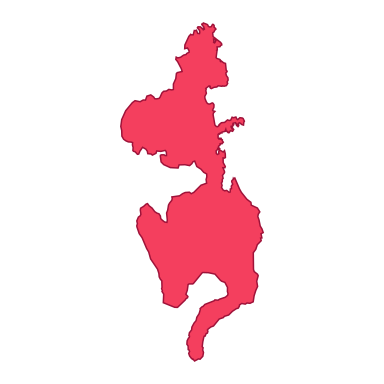 Chato, Geita, United Republic of Tanzania (Robinson projection)
{"feature_id": "72390352B63706364179884", "entity_name": "Chato", "entity_type": "district", "adm_level": 2, "iso_a3": "TZA", "parent_name": "United Republic of Tanzania", "parent_adm1": "Geita", "projection": "robinson", "projection_center": [31.727, -2.845], "detail": "fine", "context": "isolated", "style": "filled", "palette": "rose", "viewbox_px": 384, "rotation_deg": 0, "n_neighbors": 0, "source": "geoboundaries", "source_scale": "gbopen_adm2", "svg_char_len": 6000}
<svg xmlns="http://www.w3.org/2000/svg" viewBox="0 0 384 384"><path d="M238.3,308.1L239.4,306.1L239.5,304.9L241.7,303.5L245.3,304.1L247.0,303.0L250.0,303.3L253.2,301.8L254.1,295.8L255.8,290.4L257.6,286.4L256.7,281.2L258.2,275.7L257.5,274.2L254.2,271.6L253.5,269.4L253.3,252.7L255.8,249.3L257.3,244.7L261.2,240.7L260.6,238.1L261.9,237.9L261.0,233.7L263.2,232.6L262.0,229.0L260.2,226.0L259.0,219.9L257.8,216.5L258.3,214.1L259.8,211.9L257.4,208.0L251.3,205.2L250.9,202.3L246.9,199.3L241.4,192.4L239.5,189.0L234.8,178.0L233.6,179.0L233.3,178.5L233.1,179.5L231.9,180.6L231.7,181.7L232.7,184.2L231.3,186.1L231.5,188.6L230.3,189.0L230.2,192.0L229.1,192.3L226.7,190.4L224.7,190.8L223.1,190.0L221.5,187.4L222.1,185.5L221.4,183.0L222.3,181.7L222.3,179.3L223.1,178.4L222.5,175.5L224.5,172.7L224.5,171.4L222.9,167.7L224.9,167.7L225.3,166.5L223.2,162.6L223.1,157.9L224.6,158.1L225.4,157.5L225.3,153.9L224.5,150.6L223.2,152.0L219.7,150.0L218.6,151.9L218.9,153.7L217.4,154.5L216.3,153.4L216.1,150.9L217.7,149.3L217.6,147.5L217.8,148.7L218.7,149.8L219.2,149.8L219.8,148.8L219.0,148.2L218.5,146.3L220.3,144.7L219.9,144.0L221.2,143.4L221.9,143.8L223.3,142.2L222.2,140.5L222.3,139.8L220.9,139.3L221.4,139.0L221.1,138.3L219.8,138.3L219.9,139.0L219.0,139.1L218.1,138.0L218.1,134.4L219.8,133.0L219.2,133.7L219.6,134.1L220.7,132.9L221.9,133.0L222.0,132.1L226.2,131.1L225.2,130.8L225.8,129.3L226.1,130.6L228.2,132.7L229.1,132.7L230.4,130.7L232.6,131.3L233.7,129.5L233.3,129.0L232.5,129.0L232.0,128.9L231.9,128.5L233.1,128.9L232.9,128.3L231.2,127.3L231.1,126.3L230.6,126.0L232.5,126.5L232.9,125.7L232.8,123.4L233.1,125.4L233.8,124.7L233.3,123.2L235.5,122.7L236.0,124.0L236.1,123.4L236.9,124.4L237.3,124.3L237.1,125.6L238.0,126.6L238.7,125.7L238.5,123.3L239.5,122.7L241.9,124.6L243.5,125.1L243.8,122.3L244.4,121.2L243.1,118.5L242.3,118.0L239.9,117.7L237.7,119.6L236.9,119.1L235.9,117.0L233.4,117.7L232.1,117.2L230.7,120.1L229.2,120.5L227.5,119.9L224.6,122.4L221.4,122.7L219.5,124.3L218.6,125.4L219.5,124.6L219.5,124.9L217.7,126.7L216.3,126.5L214.9,125.0L213.1,114.7L213.4,113.0L214.9,111.4L213.0,110.8L212.6,110.2L213.9,107.3L214.0,104.8L213.1,103.3L212.2,102.9L209.6,104.1L208.2,103.9L207.1,103.1L206.2,101.6L204.9,98.3L204.8,96.4L206.4,93.3L205.8,90.7L206.2,89.1L205.8,88.4L209.1,85.9L210.1,86.2L210.3,86.8L209.9,87.2L210.4,88.1L211.3,88.6L214.1,87.3L216.8,87.0L218.2,85.8L222.0,86.3L222.3,85.9L224.2,86.2L226.4,85.6L227.7,83.4L227.1,82.0L228.1,80.1L227.9,77.7L226.5,75.8L225.9,73.7L226.1,72.5L227.1,71.7L226.9,70.9L226.2,70.3L225.5,63.4L223.6,62.8L220.3,60.2L220.6,61.3L221.4,62.0L220.7,61.6L220.2,61.0L220.2,59.8L219.7,59.4L216.8,58.4L216.1,57.6L217.0,50.7L216.7,50.3L217.3,49.9L217.1,46.9L219.9,46.7L220.8,45.4L221.8,44.9L221.6,43.7L220.4,42.2L216.5,39.3L214.9,42.6L214.4,42.9L213.6,42.3L213.9,41.3L213.4,38.3L214.1,39.7L215.0,39.9L215.5,39.8L215.7,38.6L213.1,36.6L212.7,33.5L212.9,32.6L214.0,31.9L214.7,30.3L215.9,29.2L215.6,28.4L214.2,27.4L214.1,25.4L213.4,24.5L212.5,24.4L211.2,26.7L209.7,27.0L208.4,26.4L207.7,24.9L207.1,24.4L203.4,23.0L203.3,23.6L201.9,24.0L201.8,24.6L203.8,26.9L204.4,29.2L203.5,29.7L203.5,28.5L202.9,28.3L202.4,28.8L200.5,26.9L198.0,26.8L197.4,27.8L199.5,30.4L199.8,32.2L199.5,33.6L197.7,33.4L196.4,30.2L195.2,30.7L194.3,30.5L193.2,34.8L191.3,34.8L190.7,34.3L188.9,36.3L184.9,44.9L184.7,48.7L187.5,48.0L189.1,50.8L189.1,52.2L186.7,53.5L186.1,54.5L183.6,55.1L180.5,57.3L177.7,57.9L176.2,57.1L175.8,59.4L177.6,61.6L181.4,68.9L182.1,71.5L177.3,72.6L176.4,73.5L175.8,78.6L173.4,84.0L173.4,89.5L171.8,89.9L168.8,89.4L166.5,91.0L163.6,91.3L161.9,93.0L160.1,97.1L159.3,98.2L158.5,98.5L156.3,98.9L154.7,98.7L153.7,97.0L150.8,94.9L146.9,96.1L145.5,100.1L143.2,100.0L140.1,101.7L135.0,100.7L132.3,102.7L125.7,110.7L121.7,119.6L120.8,126.5L121.7,130.5L121.9,136.2L123.6,139.2L125.8,140.8L128.3,141.9L131.3,142.1L132.6,142.6L132.4,144.9L133.1,147.5L132.9,150.5L133.4,151.2L135.3,151.9L137.4,154.3L138.7,154.1L139.9,151.2L142.6,147.3L145.9,149.2L147.3,151.2L147.8,153.7L151.0,154.0L152.4,155.1L156.0,153.3L156.7,151.0L160.8,151.4L165.2,150.4L166.0,151.3L166.4,152.6L166.5,155.6L165.1,155.6L164.1,154.8L161.6,154.8L160.5,155.2L160.3,155.9L161.1,161.9L163.7,164.6L170.3,167.6L178.1,168.0L179.1,164.9L185.0,164.7L189.6,165.6L191.8,163.7L193.0,161.7L194.7,161.1L196.8,166.5L201.0,169.2L203.7,172.3L206.7,174.0L206.8,176.9L206.1,179.5L206.6,183.2L201.0,185.2L193.8,192.4L191.2,193.7L189.4,192.2L185.2,192.5L182.5,193.7L179.6,195.8L171.9,196.9L172.2,198.6L171.8,200.3L169.5,203.2L168.5,205.1L167.7,210.1L166.6,213.0L167.3,220.2L166.9,222.4L164.6,222.0L162.3,220.2L160.7,218.6L160.4,216.0L159.0,213.8L156.9,213.1L154.7,211.6L152.1,208.1L149.1,205.8L147.5,203.6L146.1,204.1L143.6,206.4L140.6,208.2L140.3,210.1L140.9,214.4L140.1,215.9L138.4,217.1L136.8,220.9L137.4,223.7L136.8,225.7L136.9,226.8L139.2,233.6L142.1,237.7L146.7,248.6L148.7,252.0L150.6,258.9L157.5,269.1L158.9,273.5L159.2,276.9L160.5,279.4L161.8,280.8L162.0,287.5L161.6,288.6L162.4,290.7L162.0,291.5L163.7,294.1L163.3,302.7L174.7,307.3L177.5,307.4L185.1,300.1L186.0,298.7L187.5,297.8L187.9,296.5L185.9,294.3L187.3,290.3L188.1,284.5L189.2,283.9L192.8,283.9L193.5,283.4L201.9,273.1L202.8,272.5L208.5,272.7L215.0,274.1L220.3,280.2L221.6,281.2L224.9,282.4L227.5,287.4L227.4,291.6L228.0,293.5L227.7,295.2L225.4,297.2L219.5,299.2L218.1,300.2L214.9,299.9L214.1,300.8L204.9,304.4L203.0,306.5L202.3,306.6L200.1,308.6L200.3,309.6L199.1,313.7L196.8,317.3L196.1,320.6L194.1,323.0L191.9,327.1L191.6,329.9L189.4,332.7L188.9,335.5L189.5,336.1L189.3,337.4L188.4,338.2L187.1,340.9L186.9,344.3L188.1,346.0L188.2,349.6L188.9,349.9L189.6,351.4L188.7,353.4L189.6,356.0L191.5,358.5L192.6,359.3L192.9,359.0L194.6,361.0L198.5,358.9L200.1,359.2L202.8,356.3L203.5,352.5L202.7,350.0L203.1,347.7L202.2,346.7L202.8,341.8L203.8,337.1L204.3,336.1L205.1,336.1L206.2,333.5L207.4,333.1L207.9,331.3L207.4,330.0L208.3,328.9L210.8,327.0L213.5,326.0L219.2,319.0L223.3,317.6L224.4,316.3L228.7,315.0L232.4,311.3L236.3,308.7L238.3,308.1Z" fill="#f43f5e" stroke="#9f1239" stroke-width="1.5"/></svg>